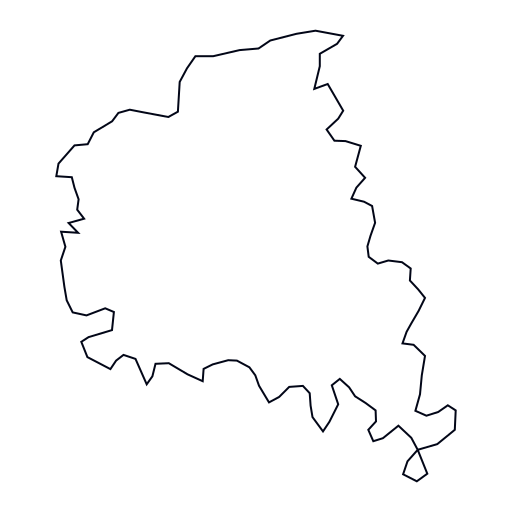 Pouso Novo, Rio Grande do Sul, Brazil (Mercator projection)
{"feature_id": "56859067B59341670887428", "entity_name": "Pouso Novo", "entity_type": "district", "adm_level": 2, "iso_a3": "BRA", "parent_name": "Brazil", "parent_adm1": "Rio Grande do Sul", "projection": "mercator", "projection_center": [-52.22, -29.162], "detail": "fine", "context": "isolated", "style": "outline", "palette": "ink", "viewbox_px": 512, "rotation_deg": 0, "n_neighbors": 0, "source": "geoboundaries", "source_scale": "gbopen_adm2", "svg_char_len": 1663}
<svg xmlns="http://www.w3.org/2000/svg" viewBox="0 0 512 512"><path d="M343.2,110.7L327.7,84.0L314.3,88.9L319.8,66.2L319.8,53.8L337.1,43.8L343.0,35.8L315.5,30.7L296.5,33.8L270.3,40.5L258.5,48.5L239.6,50.1L213.2,56.2L195.4,56.2L187.0,68.3L179.7,81.9L177.9,111.7L168.3,117.0L143.2,112.3L129.8,109.7L118.4,112.9L112.1,121.3L93.8,132.3L87.7,144.2L74.5,145.4L58.5,163.6L56.3,176.2L71.8,177.2L74.5,187.8L78.6,199.3L77.2,209.7L84.1,218.7L68.6,223.0L78.1,232.8L61.1,231.7L65.4,246.8L60.8,260.5L64.4,286.9L66.7,300.3L72.7,312.4L86.5,315.4L105.2,308.3L113.9,312.0L112.0,330.1L88.6,337.1L81.3,341.8L87.4,357.1L110.4,369.1L116.1,360.6L123.5,354.9L135.5,358.9L146.7,384.3L152.4,376.3L155.5,363.8L168.8,363.2L187.5,374.3L202.7,381.2L203.6,368.9L212.7,364.4L228.2,360.2L236.9,360.6L249.4,367.3L255.3,375.3L259.0,385.7L269.0,402.4L279.2,396.9L289.2,386.9L302.9,385.9L309.7,393.2L310.6,405.7L312.5,417.1L323.0,431.4L329.4,421.8L338.2,404.3L331.8,385.3L339.8,378.9L349.1,387.3L355.1,396.3L365.6,403.0L375.6,410.4L376.0,421.4L368.3,429.8L373.3,441.2L382.9,438.2L398.4,425.7L411.3,437.8L417.7,449.8L437.3,444.1L454.8,429.8L455.7,410.4L447.8,405.3L438.2,412.0L426.4,415.7L415.4,410.8L420.0,394.3L421.8,375.3L425.0,355.9L413.6,344.8L402.5,343.4L406.6,331.8L411.3,323.4L418.6,310.9L425.0,297.9L418.1,289.3L409.9,280.5L410.7,268.5L402.0,262.2L388.3,260.5L377.8,263.6L368.7,256.8L367.4,246.4L370.5,235.8L375.1,222.8L372.1,206.0L364.0,201.7L351.4,198.7L356.4,187.6L365.1,177.8L355.1,166.8L360.8,145.8L345.5,141.1L334.4,140.7L326.6,129.5L338.2,118.7L343.2,110.7ZM427.3,473.7L417.7,449.8L407.5,461.3L403.1,474.3L416.8,481.3L427.3,473.7Z" fill="none" stroke="#020617" stroke-width="2"/></svg>